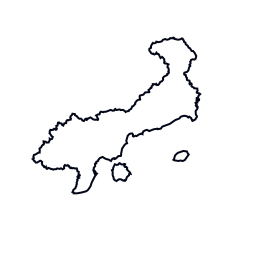 the district of Anatolikis Makedonias kai Thr*, Anatoliki Makedonia kai Thraki, Greece, rotated 327°
{"feature_id": "26713481B84884565940454", "entity_name": "Anatolikis Makedonias kai Thr*", "entity_type": "district", "adm_level": 2, "iso_a3": "GRC", "parent_name": "Greece", "parent_adm1": "Anatoliki Makedonia kai Thraki", "projection": "mercator", "projection_center": [25.319, 41.071], "detail": "fine", "context": "isolated", "style": "outline", "palette": "ink", "viewbox_px": 256, "rotation_deg": 327, "n_neighbors": 0, "source": "geoboundaries", "source_scale": "gbopen_adm2", "svg_char_len": 5812}
<svg xmlns="http://www.w3.org/2000/svg" viewBox="0 0 256 256"><g transform="rotate(327 128 128)"><path d="M46.9,153.2L49.8,155.1L54.2,156.9L58.6,158.3L60.9,158.1L64.7,156.5L68.0,153.9L73.8,150.5L77.1,149.3L76.8,148.8L75.7,149.4L75.1,148.9L75.3,147.3L75.8,147.1L76.7,147.3L76.9,146.7L76.8,146.2L75.7,145.6L75.8,144.8L76.1,144.3L76.6,144.4L77.6,142.8L79.8,142.0L80.8,140.0L81.7,139.9L82.2,140.3L83.0,139.1L85.1,139.3L85.8,138.5L88.1,137.9L90.9,138.4L91.9,140.6L92.9,142.3L94.6,144.0L95.7,146.4L98.3,145.2L100.1,145.8L100.6,146.5L99.6,146.5L99.8,146.8L101.3,147.0L104.6,146.3L106.7,147.5L107.2,147.3L108.4,145.6L111.8,142.1L115.7,140.4L117.5,140.0L118.9,140.3L119.5,138.1L119.8,137.6L123.5,134.4L125.8,133.8L127.9,134.4L128.6,134.9L128.6,136.2L127.7,137.4L127.9,138.1L130.2,138.7L130.9,139.5L133.4,139.4L135.7,139.8L136.7,141.0L137.1,140.1L138.1,140.0L138.9,139.2L141.5,139.4L142.9,139.9L144.1,142.1L148.9,143.1L152.3,144.6L152.3,145.2L155.2,146.4L157.5,145.5L165.1,147.3L172.0,147.1L176.3,148.0L178.3,147.3L181.0,148.0L182.4,148.8L183.8,150.3L184.3,152.0L185.5,151.8L186.4,154.1L186.0,155.4L186.3,156.0L185.8,156.7L186.1,157.3L189.0,157.5L192.0,156.1L192.3,155.2L192.2,153.7L193.9,150.7L196.9,149.5L197.2,148.8L198.0,148.3L197.9,147.5L197.1,147.3L197.2,146.0L198.3,145.8L198.3,143.7L198.7,143.7L198.7,144.4L198.9,145.2L199.0,144.2L200.0,144.4L200.3,142.5L200.9,141.7L200.9,142.6L201.6,143.4L202.7,143.4L203.3,142.6L202.4,141.0L202.4,140.3L203.6,140.4L205.0,139.2L207.0,138.9L206.8,138.1L204.9,135.8L205.3,135.2L206.6,134.7L207.6,132.7L205.1,130.7L205.2,129.9L204.1,128.1L204.1,127.2L205.3,126.0L205.4,125.2L205.2,124.9L203.6,124.9L203.7,124.2L204.6,123.7L205.3,121.8L203.7,120.0L204.0,118.9L204.8,118.1L204.5,116.7L205.3,114.9L204.4,114.2L204.4,113.3L205.4,112.3L208.1,113.1L210.0,112.6L212.5,110.3L214.0,109.9L213.9,108.5L215.4,108.1L215.9,107.5L216.2,106.3L217.2,106.0L218.0,105.2L219.7,105.6L221.0,106.8L222.3,106.8L224.4,104.9L224.8,101.5L224.5,98.9L223.3,98.0L223.4,94.8L222.6,93.6L222.9,91.6L222.0,89.1L222.7,87.7L221.9,86.4L222.5,84.8L222.2,84.0L222.5,82.9L222.0,82.2L220.5,82.2L218.0,81.2L215.4,78.5L215.8,77.8L215.2,76.8L214.1,77.0L212.4,75.6L211.3,76.0L209.2,75.4L208.5,75.0L207.6,73.6L205.2,73.1L203.9,73.7L202.3,73.4L200.1,72.5L198.8,71.0L197.7,71.7L196.3,71.3L195.3,70.8L195.2,70.2L194.8,70.3L191.9,71.8L191.0,73.3L189.2,73.1L188.4,74.0L188.0,75.1L188.3,76.6L188.1,77.7L189.0,79.3L189.7,79.4L190.1,80.7L191.4,80.9L192.9,80.3L192.9,81.9L193.9,82.6L193.4,87.0L195.3,86.9L195.6,88.1L195.8,90.1L195.0,91.4L194.9,92.3L194.0,92.7L193.8,93.2L194.2,94.1L195.4,94.9L196.6,96.7L195.2,97.3L194.2,98.5L194.5,99.6L194.2,100.7L193.4,102.2L192.7,102.4L192.7,103.3L192.3,104.0L190.4,103.9L189.9,104.4L190.0,104.8L189.5,104.9L186.2,104.5L184.6,105.0L183.9,106.5L182.3,107.2L180.1,107.0L177.7,108.2L176.7,108.3L175.7,107.8L175.7,106.3L174.6,106.4L174.1,105.6L172.7,104.7L172.2,105.6L170.5,105.9L169.8,107.0L169.2,107.1L168.7,106.7L167.8,107.2L165.9,107.3L165.6,109.4L165.3,109.5L161.8,107.5L159.1,108.4L155.6,107.3L154.7,108.2L153.8,110.7L153.5,110.8L152.9,110.2L152.0,110.0L150.1,109.9L147.5,110.9L147.3,111.7L144.4,112.5L143.3,112.2L141.1,113.7L138.8,113.5L137.8,114.2L136.5,113.5L134.7,113.3L134.7,112.6L133.8,110.2L131.5,108.9L131.2,107.9L128.2,106.7L127.6,106.1L127.8,105.2L126.9,105.1L126.0,105.8L124.6,105.2L123.3,103.4L118.2,102.3L116.7,101.3L115.9,101.3L114.1,99.5L112.9,99.8L112.0,100.8L111.3,101.0L110.3,100.3L108.1,100.1L108.2,101.3L107.8,104.2L107.6,104.6L107.0,104.8L106.2,103.8L104.7,103.1L103.4,101.6L102.4,98.8L101.0,98.4L100.0,98.6L99.2,98.1L97.8,98.8L97.6,98.6L97.9,97.4L97.2,97.2L94.7,98.1L93.8,96.7L93.9,95.4L93.6,94.5L92.2,93.7L91.5,91.6L91.6,90.4L90.5,88.3L91.0,87.3L89.2,85.8L88.0,86.6L86.3,86.9L85.3,87.7L85.2,89.2L84.4,89.8L83.6,89.2L82.1,89.1L81.6,88.4L80.9,88.3L80.1,88.6L78.8,90.2L77.2,89.4L75.0,90.7L74.4,89.5L74.8,88.3L73.9,87.2L72.8,86.5L73.1,85.8L72.2,85.4L70.1,87.6L68.9,87.3L68.8,87.9L67.8,88.9L67.9,89.9L67.2,90.3L66.5,90.2L65.6,88.4L64.0,88.7L63.7,88.3L62.7,88.1L61.9,87.3L60.6,88.0L60.2,88.9L59.3,89.7L59.6,91.5L59.4,92.8L60.1,94.5L58.3,95.8L56.9,95.4L56.5,94.4L55.9,95.4L53.6,96.9L51.8,95.9L51.7,94.9L49.9,93.2L49.5,93.9L49.4,95.2L48.3,95.9L47.7,95.6L47.0,96.0L46.2,95.9L44.7,96.9L42.6,97.0L41.9,98.6L40.5,100.5L39.7,99.9L35.8,99.8L34.5,99.3L32.8,100.7L32.7,101.9L32.0,102.3L31.2,102.2L31.5,103.3L31.2,104.1L31.7,104.9L31.8,106.8L33.2,107.5L36.5,107.6L37.2,108.5L37.5,109.8L36.5,110.6L36.0,112.9L36.8,114.1L36.4,115.2L37.1,115.8L38.0,115.8L37.5,116.7L37.6,118.0L38.4,118.3L39.3,117.9L40.5,119.3L41.0,120.4L42.1,121.2L42.6,122.2L43.5,122.3L45.3,123.4L46.5,123.3L48.6,125.2L49.7,125.2L50.4,126.1L50.6,127.0L52.4,127.1L53.5,125.3L54.9,124.7L55.5,125.9L56.0,125.9L57.2,127.1L57.5,126.8L57.9,128.0L57.5,128.5L57.8,130.2L58.6,130.2L58.7,130.8L59.2,130.9L59.4,131.5L60.5,131.9L61.5,133.1L63.0,133.9L62.8,135.0L62.0,136.5L62.8,138.0L61.3,139.9L61.9,141.1L61.7,141.6L61.2,141.7L60.3,140.9L59.0,141.4L59.7,143.2L58.1,143.2L57.1,143.7L57.2,144.4L55.0,146.0L54.7,147.1L53.8,147.5L52.9,148.7L52.0,149.0L51.2,149.8L48.5,150.1L48.0,150.7L46.5,151.5L47.3,152.7L46.9,153.2ZM98.4,152.8L97.2,151.3L93.9,153.3L92.8,154.8L91.6,154.6L91.2,156.6L89.7,158.7L89.2,160.1L89.2,160.9L88.3,163.0L88.5,164.6L89.1,165.3L89.4,166.2L92.5,166.1L93.4,166.6L94.4,167.6L95.3,169.6L96.6,169.8L96.7,170.7L97.9,170.5L100.3,168.6L103.2,168.1L104.0,167.1L104.5,167.0L105.2,167.8L105.5,166.7L104.5,162.1L105.6,161.1L105.4,159.7L104.3,159.2L104.1,158.3L104.5,157.1L105.5,157.2L105.9,156.8L105.2,156.0L103.9,155.9L102.8,155.1L102.2,154.1L102.1,153.3L101.6,152.8L100.0,153.4L98.4,152.8ZM156.2,176.0L153.4,176.4L151.9,177.1L150.0,178.9L148.8,179.4L149.3,180.4L152.3,183.1L154.4,183.9L155.9,185.5L158.2,185.8L164.5,183.3L164.3,182.1L164.6,179.7L161.9,177.4L156.2,176.0Z" fill="none" stroke="#020617" stroke-width="2"/></g></svg>